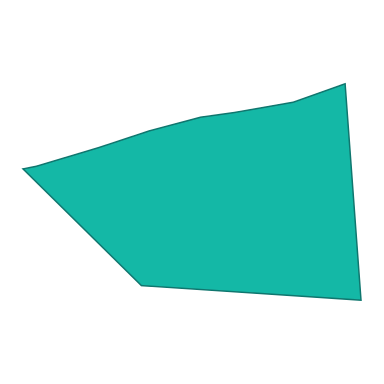 outline of El Arish 1, Shamal Sina', Egypt
{"feature_id": "37247803B82765364508611", "entity_name": "El Arish 1", "entity_type": "district", "adm_level": 2, "iso_a3": "EGY", "parent_name": "Egypt", "parent_adm1": "Shamal Sina'", "projection": "mercator", "projection_center": [33.823, 31.13], "detail": "fine", "context": "isolated", "style": "filled", "palette": "teal", "viewbox_px": 384, "rotation_deg": 0, "n_neighbors": 0, "source": "geoboundaries", "source_scale": "gbopen_adm2", "svg_char_len": 271}
<svg xmlns="http://www.w3.org/2000/svg" viewBox="0 0 384 384"><path d="M361.0,300.2L345.1,83.8L343.9,84.2L293.3,102.2L234.5,112.5L200.6,117.2L149.2,130.9L98.7,147.6L36.2,166.3L23.0,168.9L141.4,285.6L361.0,300.2Z" fill="#14b8a6" stroke="#0f766e" stroke-width="1.5"/></svg>